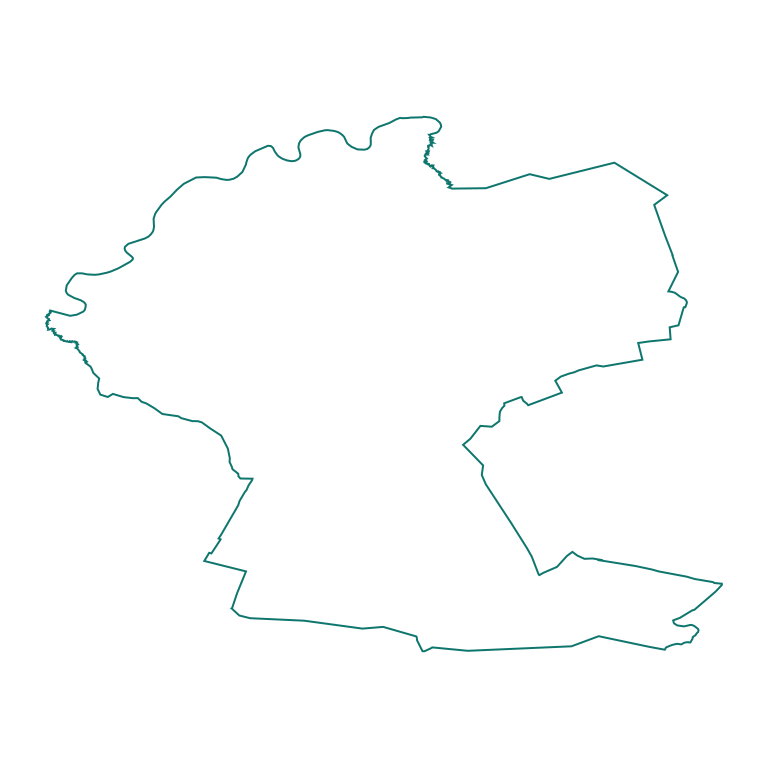 Brenguļu pag., Beverinas, Latvia
{"feature_id": "27541924B16745328743360", "entity_name": "Brenguļu pag.", "entity_type": "district", "adm_level": 2, "iso_a3": "LVA", "parent_name": "Latvia", "parent_adm1": "Beverinas", "projection": "equal_earth", "projection_center": [25.567, 57.531], "detail": "fine", "context": "isolated", "style": "outline", "palette": "teal", "viewbox_px": 768, "rotation_deg": 0, "n_neighbors": 0, "source": "geoboundaries", "source_scale": "gbopen_adm2", "svg_char_len": 5980}
<svg xmlns="http://www.w3.org/2000/svg" viewBox="0 0 768 768"><path d="M50.1,310.5L49.7,311.7L49.9,312.3L50.6,312.5L50.3,313.1L48.9,313.8L48.9,314.5L47.3,314.7L46.8,315.8L47.6,316.0L46.1,316.9L48.3,318.9L48.9,319.0L48.9,319.7L49.4,320.3L48.1,320.6L47.2,321.3L47.6,322.2L46.6,322.6L46.2,323.3L46.3,323.7L47.7,324.2L47.1,324.7L46.7,326.0L48.1,327.9L47.9,328.6L48.4,329.2L48.2,329.7L49.7,329.5L51.2,328.6L53.9,328.9L52.5,330.1L52.4,330.9L54.1,331.2L53.7,331.7L53.8,332.7L54.6,333.0L55.5,332.9L55.4,333.3L54.7,333.6L55.0,333.8L54.6,334.1L54.9,334.9L55.9,334.5L56.8,335.1L58.8,335.6L58.5,336.1L59.2,336.5L60.9,336.2L60.8,336.5L61.4,336.8L61.0,337.1L59.8,336.9L60.1,337.4L60.8,337.4L61.0,337.7L60.8,338.1L60.1,338.0L60.3,338.4L61.1,339.7L62.9,339.9L63.5,340.9L64.4,340.7L64.6,341.0L66.8,341.5L67.3,341.1L68.1,341.8L69.9,342.0L69.6,341.6L69.8,341.2L71.6,342.1L71.9,341.3L72.4,341.2L73.3,341.7L74.6,341.5L75.2,342.1L75.8,341.7L76.3,341.9L76.6,342.2L76.2,342.7L77.1,342.7L76.7,344.0L77.7,344.1L78.0,344.5L77.4,344.7L76.7,345.9L77.4,346.8L76.6,346.9L76.4,347.2L76.8,347.7L76.1,348.0L77.3,348.5L79.7,351.5L79.8,352.3L82.9,354.5L82.7,355.1L84.7,356.3L84.3,357.0L85.3,358.1L84.3,359.0L84.5,359.6L83.9,360.0L84.7,360.5L85.5,360.2L86.9,361.7L85.3,362.3L85.4,362.9L90.4,366.5L91.5,368.4L93.3,372.9L99.2,378.5L98.2,382.9L97.6,388.9L100.3,394.6L107.8,397.0L112.9,393.9L123.5,397.1L133.1,398.2L137.8,398.1L141.6,401.8L146.5,403.5L154.2,408.1L162.4,414.0L178.4,416.3L181.4,418.2L192.3,421.1L197.9,421.2L201.9,422.4L210.3,428.5L221.2,435.6L227.9,448.7L229.8,458.3L229.6,462.1L231.5,466.0L232.6,469.3L238.2,473.7L238.5,476.4L240.4,478.5L252.5,478.7L252.0,480.3L248.6,485.3L246.6,489.9L244.8,492.1L239.6,500.9L238.2,505.3L221.2,534.6L218.6,538.5L220.6,539.4L220.5,539.6L211.4,553.4L209.2,552.8L204.3,561.0L246.0,571.4L237.1,593.2L232.0,608.4L231.7,608.5L239.3,615.5L250.1,618.2L304.3,620.7L362.4,628.6L383.2,626.9L416.2,636.4L416.7,637.1L417.1,640.4L422.5,651.2L424.6,651.2L431.9,647.8L432.2,647.4L467.8,650.8L571.5,646.3L598.7,636.2L649.0,646.8L664.8,649.7L665.8,647.8L666.5,647.2L672.2,644.9L677.0,643.8L681.2,644.4L684.6,642.6L688.1,642.1L689.1,642.5L690.4,642.4L692.5,638.8L692.8,637.0L695.5,635.2L696.6,633.4L698.1,632.0L698.5,630.4L698.1,629.0L694.2,625.9L691.8,625.0L690.6,624.9L684.0,626.4L677.2,625.4L674.1,623.4L673.7,622.6L673.2,620.4L680.0,617.8L692.2,610.4L694.5,609.7L715.7,591.5L721.9,584.9L721.8,583.7L714.3,583.0L713.0,582.1L694.6,579.0L686.9,576.7L658.6,571.4L651.9,569.5L635.9,566.1L599.7,560.3L600.5,559.8L592.7,558.5L584.4,558.8L577.4,555.6L572.4,551.9L567.0,555.9L557.0,566.9L543.4,572.8L539.4,575.1L538.7,574.6L531.8,556.7L527.3,548.7L511.4,523.4L485.8,484.3L481.8,475.0L483.1,465.4L463.1,444.8L470.4,438.7L480.4,425.9L491.8,426.7L499.4,421.1L499.4,417.6L499.9,411.8L502.0,408.2L504.4,405.7L504.2,403.3L520.6,397.2L521.7,397.1L523.2,400.7L526.8,403.6L528.2,405.2L561.9,392.6L555.3,380.7L560.8,376.6L568.8,373.7L574.2,372.3L578.6,370.4L596.5,365.4L603.3,366.5L642.4,359.7L638.2,343.0L648.5,341.5L670.6,339.3L669.7,327.3L678.5,325.3L683.7,307.5L684.3,307.1L685.3,307.2L686.7,303.5L686.9,302.1L686.0,300.2L684.1,298.4L680.6,297.0L675.0,292.8L671.6,291.8L668.4,291.4L678.1,271.9L672.4,255.5L672.7,255.3L665.1,235.7L654.2,204.9L667.2,195.2L614.4,162.7L549.3,178.9L529.7,174.2L485.9,188.2L452.1,188.6L448.6,187.4L451.7,185.0L447.2,183.7L447.1,183.3L448.9,183.3L449.2,182.8L450.3,182.5L450.3,182.2L448.4,181.9L448.2,181.6L448.5,181.1L448.1,180.3L447.2,180.1L446.4,180.8L446.2,180.5L446.6,180.1L445.5,179.9L443.6,178.4L441.3,177.5L441.4,176.9L439.3,175.0L439.7,174.7L439.1,174.1L439.3,173.6L440.5,173.1L439.8,172.8L439.8,172.1L438.2,172.0L438.2,171.3L436.6,171.3L436.0,170.0L434.0,168.4L432.9,168.2L433.5,167.4L433.0,166.7L433.4,165.5L431.9,165.3L431.4,166.4L430.5,166.6L430.0,166.3L430.2,165.6L429.0,164.8L428.9,163.9L428.4,163.8L427.8,164.3L426.8,163.6L426.1,163.6L425.8,163.2L426.3,162.5L424.6,162.6L424.3,162.1L424.6,161.9L424.5,161.2L426.1,160.7L425.2,159.8L426.9,158.6L425.1,156.7L424.7,156.1L424.8,155.3L425.6,154.7L427.4,154.6L426.4,153.8L427.8,153.4L427.1,152.8L428.4,152.4L428.7,151.6L426.9,152.1L426.4,151.3L427.3,151.2L428.6,148.9L428.6,147.7L428.2,147.4L428.1,146.7L428.6,146.4L428.3,145.7L429.8,145.3L430.1,144.8L431.8,145.7L431.4,144.7L431.8,144.0L431.7,143.6L431.1,143.5L430.7,142.6L433.1,142.7L430.9,141.3L431.0,141.0L432.5,140.7L433.0,139.4L432.2,139.4L432.0,140.3L431.7,140.4L429.9,140.0L430.0,139.4L430.7,139.0L429.9,137.7L431.6,137.3L431.0,137.1L429.2,134.8L429.9,134.8L430.6,134.3L436.6,132.7L438.6,131.3L441.2,126.8L440.9,124.8L439.9,122.6L435.7,119.0L430.7,117.5L423.5,116.8L422.3,117.3L410.5,117.6L408.2,118.0L402.4,118.2L400.0,117.9L395.9,119.5L389.3,123.0L378.5,126.9L374.0,129.9L372.2,133.3L370.7,137.6L370.8,143.0L370.7,144.8L370.2,146.1L369.3,147.4L367.2,149.0L364.2,149.7L357.5,149.4L351.5,146.8L347.3,143.5L344.1,136.9L342.9,135.5L340.0,133.2L337.8,132.0L334.0,130.9L327.4,130.1L324.8,130.3L317.8,131.9L308.6,135.1L305.4,136.5L303.5,137.8L300.6,140.6L299.0,143.5L298.4,147.4L300.3,154.1L300.3,156.4L299.4,158.1L298.5,159.0L296.1,160.4L294.6,160.9L291.5,161.2L287.3,160.5L282.7,158.9L279.1,156.7L277.3,155.1L274.7,151.4L273.0,147.9L271.8,146.8L270.7,146.0L267.9,145.8L255.3,151.2L250.7,154.6L249.1,156.3L247.9,158.0L246.4,162.2L245.9,164.6L242.4,172.0L237.2,176.7L233.6,178.7L229.2,179.8L226.6,179.9L221.7,179.2L216.4,177.7L204.6,177.1L196.1,177.5L183.8,183.8L177.2,189.5L170.4,196.6L164.9,201.3L161.7,204.6L156.4,211.8L155.2,213.8L153.6,218.7L154.0,226.8L153.4,230.2L152.8,231.7L150.9,234.3L148.6,236.5L145.1,238.4L128.4,243.8L125.0,246.8L124.6,248.3L125.1,250.4L126.7,252.5L131.8,256.7L132.9,258.0L132.7,259.5L130.1,261.8L118.2,268.4L110.8,271.5L107.3,272.6L99.1,274.4L94.7,274.8L87.4,274.4L81.8,273.3L77.2,273.3L74.7,274.8L71.8,278.0L66.7,285.4L65.8,291.0L67.0,293.5L68.3,294.8L74.3,298.0L80.6,300.2L83.9,302.1L85.1,303.5L85.8,304.7L85.5,307.3L84.8,309.8L83.3,311.6L76.8,314.7L70.1,315.8L50.1,310.5Z" fill="none" stroke="#0f766e" stroke-width="2"/></svg>